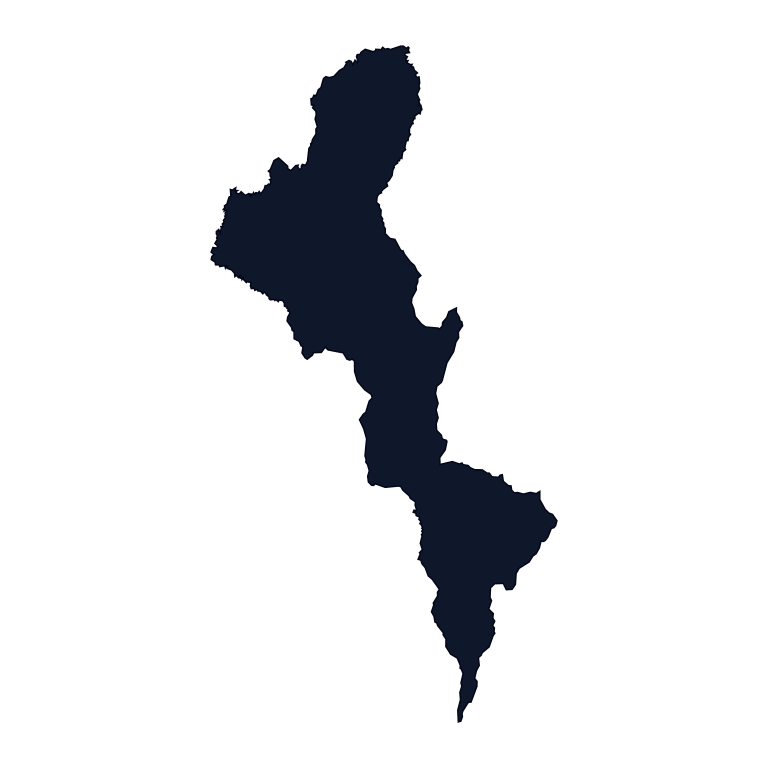 the district of Sevilla, Valle del Cauca, Colombia
{"feature_id": "7082276B53054479905694", "entity_name": "Sevilla", "entity_type": "district", "adm_level": 2, "iso_a3": "COL", "parent_name": "Colombia", "parent_adm1": "Valle del Cauca", "projection": "natural_earth1", "projection_center": [-75.905, 4.158], "detail": "fine", "context": "isolated", "style": "filled", "palette": "ink", "viewbox_px": 768, "rotation_deg": 0, "n_neighbors": 0, "source": "geoboundaries", "source_scale": "gbopen_adm2", "svg_char_len": 6058}
<svg xmlns="http://www.w3.org/2000/svg" viewBox="0 0 768 768"><path d="M456.4,308.0L448.9,311.7L446.7,317.6L442.7,322.3L442.3,326.1L439.5,329.1L438.2,328.1L425.6,327.0L421.4,324.0L415.2,316.5L413.8,309.0L411.4,302.9L411.9,298.0L416.3,289.8L416.1,286.1L417.8,282.1L417.8,278.2L420.9,275.6L416.9,270.8L414.4,265.5L410.4,262.0L404.4,254.1L403.0,250.8L402.1,251.2L400.3,249.5L394.9,239.4L389.9,238.4L385.2,233.5L385.3,228.7L383.7,226.1L383.7,222.9L382.1,221.1L382.7,218.9L380.8,215.8L381.1,210.2L379.2,207.3L379.4,204.9L376.5,202.4L377.2,196.7L378.7,194.2L381.5,192.8L381.0,191.8L383.2,189.3L387.6,186.0L386.5,182.5L388.9,180.6L392.1,175.5L392.8,170.2L394.3,167.3L393.8,165.8L397.7,163.0L397.7,160.7L399.4,160.8L400.4,157.8L401.8,158.5L402.7,152.1L405.6,149.6L404.8,147.9L406.2,140.9L408.0,140.6L408.6,137.0L410.5,134.3L409.4,133.2L409.5,128.6L412.0,124.0L413.2,123.6L412.5,121.8L413.7,119.0L414.9,118.7L414.8,116.0L418.9,113.0L420.1,113.8L420.8,110.6L421.9,109.7L420.8,105.2L418.9,105.4L419.9,104.2L418.9,101.5L419.6,100.1L417.1,94.3L419.7,88.5L418.9,85.8L419.7,82.9L419.0,76.9L417.0,77.5L415.2,74.8L417.4,72.9L414.3,70.2L413.4,67.1L411.2,66.3L412.1,64.4L410.3,64.6L406.9,62.7L408.0,60.6L406.1,60.7L405.9,59.4L407.4,56.7L404.4,55.0L405.6,53.2L409.5,52.6L408.3,50.3L409.0,47.9L408.2,47.0L406.2,48.4L403.6,46.2L400.8,46.1L390.5,49.5L387.9,48.6L385.1,49.2L382.6,47.3L381.2,49.6L375.8,49.3L375.7,50.6L373.2,51.7L365.2,49.3L361.2,52.1L359.9,54.5L357.3,54.6L356.5,56.5L357.6,60.3L357.3,62.5L355.0,60.2L352.9,64.7L351.2,61.4L349.0,60.5L345.9,62.3L346.7,62.9L344.0,67.8L339.4,70.5L333.9,76.4L329.4,77.6L325.8,76.7L323.5,78.5L320.9,87.7L318.4,89.6L316.6,94.4L314.3,96.7L314.7,95.5L313.9,95.2L312.7,98.1L310.9,98.8L311.4,104.9L313.8,105.6L312.6,107.8L315.9,111.3L316.2,114.9L315.1,119.0L317.4,126.9L315.9,129.1L316.0,134.0L312.5,139.5L311.7,143.2L310.7,143.6L310.8,146.0L308.9,148.4L307.5,161.4L305.6,165.2L302.4,164.4L301.3,166.1L301.4,168.2L299.6,169.7L297.7,166.8L298.2,165.2L295.7,165.6L290.9,170.6L287.7,168.6L287.7,166.2L278.6,157.9L274.0,160.6L270.3,169.6L268.4,171.1L270.1,172.6L270.2,176.0L271.1,177.1L271.1,179.1L269.6,179.6L270.5,180.5L270.6,183.4L269.9,184.5L268.6,184.0L266.8,185.7L265.2,185.6L264.2,189.2L260.7,193.9L259.2,191.5L258.1,193.1L255.8,192.7L254.9,194.5L253.5,192.6L253.0,194.3L250.7,194.0L251.4,195.4L250.3,196.1L248.8,193.6L245.2,195.4L241.1,191.7L239.3,193.9L236.6,193.2L235.9,191.6L237.4,190.6L235.2,190.5L235.7,187.8L232.2,190.2L230.4,189.5L230.9,196.1L229.0,197.2L226.9,204.1L224.5,205.8L224.7,207.8L223.4,209.4L224.6,209.4L224.2,211.1L225.9,210.2L226.8,211.2L225.1,213.0L225.7,215.4L224.7,216.1L225.6,217.4L223.4,220.4L224.2,222.0L222.3,224.0L223.4,226.3L220.9,226.6L221.4,227.7L220.2,232.8L218.7,229.5L216.4,231.5L216.3,233.7L217.4,235.8L216.6,238.1L217.4,239.3L214.9,243.4L217.9,246.3L216.5,248.0L212.9,247.5L211.1,252.1L214.1,254.8L211.9,256.3L211.2,259.6L215.2,262.1L215.5,264.8L219.2,264.9L219.8,266.6L224.8,265.7L225.4,268.0L226.4,265.8L227.7,266.0L227.1,268.3L231.7,270.0L234.5,273.3L234.9,276.6L236.4,275.4L238.4,277.5L239.6,276.1L239.5,277.4L240.9,276.8L240.5,278.2L241.7,278.3L241.9,279.5L243.3,277.4L243.6,279.6L246.3,282.5L247.1,281.7L251.0,282.6L250.4,285.9L251.3,288.6L254.2,288.2L254.8,290.3L257.4,289.3L257.8,290.9L260.5,291.2L262.8,293.8L264.2,292.2L267.4,294.5L266.5,294.9L269.0,296.8L269.1,298.7L270.3,299.8L273.9,299.4L274.8,300.5L275.9,299.6L278.3,301.6L279.2,300.0L282.7,300.6L284.3,303.1L284.4,306.1L287.1,307.3L286.9,308.2L288.7,309.7L287.8,310.8L290.3,312.4L287.7,317.1L287.1,321.0L291.7,327.5L292.1,330.2L294.1,331.7L294.1,338.7L299.3,341.4L301.0,345.7L303.0,346.8L302.0,353.0L305.1,357.8L307.2,359.2L312.4,355.2L313.5,352.7L321.4,352.4L325.1,347.2L328.0,349.9L343.1,352.8L347.0,359.2L349.8,360.1L352.2,359.1L354.5,361.2L354.6,371.5L357.5,381.3L364.7,389.8L371.3,394.5L372.2,398.0L369.2,401.1L365.8,412.3L363.3,414.2L359.5,419.7L363.7,428.6L366.6,438.8L365.0,455.8L366.1,459.5L365.8,462.1L367.6,464.7L369.3,470.8L367.7,476.2L368.4,482.0L371.7,485.3L373.6,485.4L375.3,483.8L385.2,487.3L398.7,486.0L400.9,486.7L402.9,490.2L409.1,495.7L410.4,498.4L415.5,501.9L415.1,505.1L416.5,509.6L415.8,510.8L414.1,510.1L413.2,512.2L415.9,513.3L416.2,515.6L419.7,517.1L418.9,519.4L420.9,521.4L419.9,523.7L421.2,524.6L422.5,527.5L421.8,528.3L423.1,529.8L421.8,531.1L422.7,532.9L421.5,534.8L422.1,536.1L420.3,543.3L422.4,549.5L419.5,552.8L420.4,553.5L418.1,559.3L420.9,560.1L422.0,563.8L425.2,567.6L428.3,575.9L432.3,579.3L439.4,589.4L437.5,592.2L437.6,596.0L433.3,603.1L433.8,605.0L431.5,611.8L434.0,616.3L435.0,622.1L436.8,622.9L437.7,625.7L443.5,633.0L443.1,634.6L446.0,639.1L445.9,646.6L450.6,654.1L457.3,658.1L460.3,665.4L460.1,668.2L461.4,669.2L463.1,673.7L461.0,682.9L461.8,686.2L459.9,692.5L460.5,699.7L457.8,710.2L458.3,721.9L460.8,721.2L462.4,716.7L462.0,713.7L462.8,711.1L466.7,704.8L468.5,702.2L471.0,702.1L476.9,686.3L477.0,681.4L474.6,678.4L476.4,670.7L479.2,665.5L478.4,657.6L481.1,655.3L482.2,652.7L489.1,646.9L493.0,635.9L494.8,633.2L494.0,631.6L494.4,628.0L492.6,625.5L494.7,621.3L492.8,618.1L493.3,613.6L488.7,609.1L491.5,600.6L490.0,597.5L490.5,587.8L494.7,583.7L502.5,583.4L503.4,583.6L506.3,589.7L512.1,589.3L515.4,584.4L516.1,573.6L519.1,568.3L529.2,561.9L532.8,556.1L536.1,553.7L539.3,548.0L541.0,541.2L543.6,541.4L545.3,540.4L547.9,536.9L551.3,528.4L553.8,527.7L555.6,525.7L556.9,520.7L552.5,514.4L549.0,513.1L545.2,509.4L539.8,499.6L539.8,491.4L536.3,493.6L530.3,492.4L523.4,494.1L517.5,492.5L514.4,492.9L511.7,490.3L511.0,485.9L508.4,485.7L503.3,481.3L502.3,474.7L500.1,475.2L498.4,477.3L492.0,476.8L489.2,473.1L487.1,473.2L482.3,469.9L474.6,469.7L470.2,467.7L468.1,465.5L463.1,464.7L462.0,463.0L459.4,464.0L452.3,461.6L440.0,464.5L439.7,457.7L445.2,449.9L446.9,441.7L446.5,440.4L442.3,439.0L441.4,435.2L436.7,430.4L436.2,423.9L438.1,417.7L436.1,409.9L438.1,403.4L435.5,393.5L436.8,386.3L441.3,382.4L442.3,380.2L446.9,362.8L453.6,351.7L455.9,342.2L458.6,337.8L458.4,331.9L462.6,325.7L461.8,321.8L459.9,320.6L459.4,317.5L456.3,312.3L456.4,308.0Z" fill="#0f172a" stroke="#020617" stroke-width="1.5"/></svg>